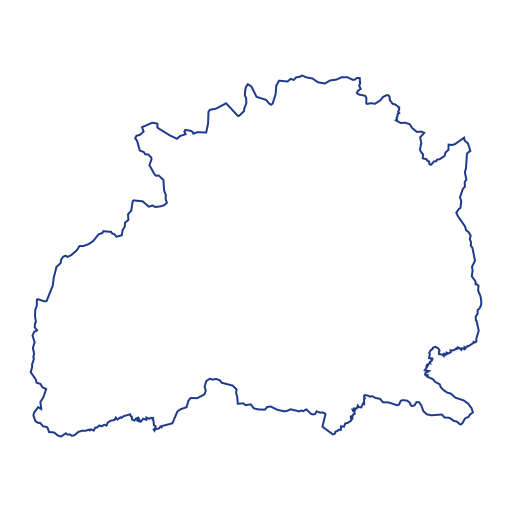 Pong, Phayao, Thailand
{"feature_id": "78962969B4700239694547", "entity_name": "Pong", "entity_type": "district", "adm_level": 2, "iso_a3": "THA", "parent_name": "Thailand", "parent_adm1": "Phayao", "projection": "albers", "projection_center": [100.484, 19.205], "detail": "fine", "context": "isolated", "style": "outline", "palette": "blue", "viewbox_px": 512, "rotation_deg": 0, "n_neighbors": 0, "source": "geoboundaries", "source_scale": "gbopen_adm2", "svg_char_len": 6014}
<svg xmlns="http://www.w3.org/2000/svg" viewBox="0 0 512 512"><path d="M142.0,127.2L143.6,131.5L139.7,135.0L136.5,135.7L135.2,138.1L137.2,141.2L139.8,150.5L143.8,152.1L145.2,154.2L148.4,154.6L151.3,157.6L151.5,159.4L149.4,165.1L154.6,174.5L156.2,175.8L158.5,175.4L163.4,179.9L164.1,190.4L165.9,195.3L165.6,198.8L166.9,202.8L164.2,205.2L160.3,206.4L155.2,207.0L152.5,205.5L148.9,206.7L142.6,201.3L133.5,200.4L132.7,201.3L131.2,210.7L128.0,214.3L128.4,219.9L125.1,222.6L124.7,226.7L122.5,230.5L121.8,235.3L116.5,236.7L114.2,234.0L112.2,233.6L111.1,231.9L103.3,231.2L102.4,233.0L98.6,234.3L93.3,240.9L88.7,244.1L83.1,246.1L79.6,246.0L76.6,250.5L70.8,255.4L67.4,256.9L65.6,255.7L63.2,256.7L61.1,259.7L60.6,263.1L56.5,266.8L53.7,277.9L52.8,285.5L46.6,301.0L44.9,301.4L37.6,299.2L36.9,299.6L36.8,305.7L35.3,309.6L35.0,315.9L35.9,322.2L35.0,323.3L34.7,327.3L37.1,330.3L34.2,331.9L32.5,335.5L34.6,342.2L32.9,348.0L34.1,354.0L33.3,357.0L33.9,359.1L32.1,364.3L32.1,367.2L30.7,372.2L35.8,379.5L36.6,382.7L40.4,383.9L42.5,387.3L46.2,389.1L43.3,397.3L40.4,402.0L41.2,409.0L38.1,407.2L34.1,412.6L33.4,415.6L35.6,421.3L38.0,422.8L40.2,423.0L43.1,426.3L46.6,427.0L47.7,428.1L49.0,432.0L54.2,432.5L57.9,435.6L61.1,436.5L65.9,433.3L67.4,434.6L69.9,434.4L71.7,435.8L74.3,435.3L78.4,431.9L82.3,430.7L85.5,430.8L89.2,429.6L89.8,430.4L91.0,429.4L93.7,430.6L95.2,427.7L97.1,427.5L99.3,425.5L101.7,426.3L104.3,424.7L106.4,425.6L107.8,422.6L110.4,420.8L114.6,419.9L115.8,417.6L117.4,419.6L120.4,417.3L121.4,417.9L123.6,416.2L130.1,414.3L130.7,416.0L131.8,416.6L132.0,419.5L134.5,420.5L135.9,418.6L138.3,417.6L139.2,419.6L137.8,419.5L137.3,420.5L140.0,421.6L140.9,421.6L143.2,418.7L146.3,419.8L146.4,417.5L149.2,418.8L151.1,417.8L153.0,417.9L152.6,419.5L153.4,420.1L153.9,425.1L155.6,426.3L155.3,428.0L153.7,429.6L154.4,430.5L154.6,429.6L159.0,428.4L160.5,426.5L161.5,427.2L161.8,426.1L172.4,423.3L177.4,411.5L180.6,409.2L186.6,407.2L188.4,400.7L190.7,398.0L197.2,398.2L204.4,394.4L205.8,390.6L204.6,386.7L206.3,381.0L209.9,378.7L212.6,379.7L216.0,378.9L219.9,380.3L221.6,382.7L232.7,385.6L236.5,389.3L236.1,393.3L237.1,396.2L237.8,403.7L243.3,403.4L245.4,405.1L250.8,404.4L253.9,408.4L258.8,409.5L264.9,409.6L267.3,407.0L270.6,406.5L277.4,409.8L284.1,411.3L286.9,411.0L290.6,409.3L299.3,411.4L301.4,410.5L303.1,411.2L306.3,409.4L311.2,414.0L312.9,414.4L315.0,414.1L316.6,411.4L320.0,412.6L322.9,412.5L325.2,413.6L325.4,414.7L322.4,426.7L332.9,434.4L334.8,433.7L335.6,431.5L337.6,431.0L338.5,429.8L340.8,429.9L341.0,426.3L344.0,426.7L345.3,423.4L347.9,422.8L350.8,420.8L352.6,418.2L352.1,417.3L350.9,417.9L350.8,416.4L353.0,415.7L353.3,414.3L354.6,414.0L354.4,410.9L353.1,411.0L352.6,409.6L355.0,410.1L355.3,409.4L354.3,409.5L354.0,408.5L356.8,408.4L357.8,405.6L358.9,407.2L361.3,407.4L363.1,403.4L364.1,404.0L364.0,399.1L364.9,398.3L364.0,396.6L364.6,395.1L368.4,395.7L369.8,396.7L372.5,396.2L375.4,398.0L380.1,398.8L383.0,402.3L388.4,402.4L397.1,405.2L398.9,404.7L400.8,400.8L403.0,400.1L407.2,400.7L409.6,402.5L410.9,405.4L412.0,406.1L414.6,405.3L416.5,402.1L419.0,402.1L421.2,405.2L423.4,411.2L426.8,414.3L431.3,415.3L441.8,414.5L444.6,417.5L449.4,417.8L453.9,420.9L456.9,421.6L460.0,424.3L461.1,424.4L462.7,422.8L464.9,418.6L468.5,416.8L469.9,414.6L472.9,412.4L471.5,408.1L468.0,403.5L463.6,400.4L455.4,397.7L450.7,393.5L447.4,392.7L443.4,390.0L440.8,387.3L439.7,384.3L435.4,382.0L432.9,379.2L426.9,376.5L427.6,375.2L425.2,374.8L425.3,373.2L428.9,371.1L424.8,370.3L427.5,366.1L426.6,366.1L426.8,365.1L429.3,363.3L430.3,363.5L430.0,361.8L431.6,361.0L432.4,359.2L431.5,359.0L431.8,358.4L429.1,358.1L429.8,354.0L429.2,352.8L430.8,350.1L432.5,349.1L432.9,347.7L435.7,346.8L438.4,348.6L439.6,350.6L438.9,351.7L439.1,354.1L442.3,354.6L443.7,355.9L443.9,354.1L445.3,354.8L445.2,353.8L446.7,354.0L446.7,352.6L448.8,353.4L450.9,352.0L450.5,350.3L453.7,350.3L457.9,347.3L458.5,347.8L457.9,348.5L459.4,348.0L461.3,349.8L461.9,348.2L463.6,348.7L464.2,348.1L464.6,350.2L464.6,347.1L465.9,347.9L467.4,346.0L468.3,346.2L474.0,342.6L473.8,341.9L475.4,342.3L476.4,341.2L476.3,338.8L478.7,330.7L476.6,321.0L475.8,320.0L475.8,316.4L477.5,313.9L477.7,310.1L479.4,308.6L481.1,305.2L481.3,301.7L480.5,296.3L478.1,290.5L478.5,285.8L477.1,284.3L475.6,284.3L475.5,281.4L471.8,276.4L472.6,270.4L472.0,266.8L475.0,260.7L472.4,247.7L470.8,245.7L471.1,242.4L469.8,239.2L470.7,235.6L468.5,232.1L466.1,230.2L465.0,226.4L457.7,215.8L456.3,212.6L459.0,208.8L460.5,207.9L461.2,201.1L460.0,197.3L462.9,188.8L464.9,186.7L464.7,182.1L466.4,179.5L464.9,172.5L466.0,168.0L466.9,154.4L467.6,152.8L470.3,151.0L468.1,143.6L464.6,140.5L464.1,137.7L455.0,144.1L452.2,145.0L448.6,144.6L448.4,150.0L445.6,152.4L444.4,156.1L439.5,159.3L437.2,159.5L436.2,161.2L433.9,161.5L431.2,164.6L430.3,164.7L429.2,163.8L429.1,161.5L427.5,161.0L426.6,159.3L422.7,158.3L423.1,154.4L420.7,151.6L420.0,149.5L421.3,143.0L420.1,137.4L424.2,132.9L421.4,131.6L416.7,131.9L412.1,127.9L409.7,124.2L405.1,122.7L400.8,123.0L395.8,120.3L397.1,118.9L396.6,117.7L397.7,115.9L397.5,114.2L399.2,113.1L398.1,111.9L399.3,109.4L398.7,108.3L399.2,107.4L394.9,104.3L392.6,103.8L389.8,100.1L389.7,97.2L388.5,95.3L386.7,95.2L383.2,96.8L380.1,100.5L374.9,103.8L371.4,103.2L366.9,103.9L366.2,102.8L366.4,97.8L365.2,95.8L358.5,94.4L356.9,93.1L357.6,91.2L360.7,88.8L359.1,85.7L360.1,83.5L359.7,78.0L356.6,78.1L355.0,79.5L353.0,79.9L347.2,77.2L341.5,77.3L336.5,79.6L330.3,80.4L324.8,83.5L318.0,82.3L312.5,78.5L306.8,77.5L301.9,75.5L300.3,76.7L296.1,77.4L293.8,79.9L290.6,78.9L287.5,81.5L279.1,80.7L276.3,85.6L275.6,94.2L272.6,103.7L271.1,104.7L269.4,103.8L266.1,99.9L256.5,96.8L251.4,86.5L247.8,84.2L246.1,86.8L245.0,91.1L244.9,95.5L246.2,98.3L246.3,103.3L244.3,108.5L244.0,111.1L239.1,115.8L238.0,116.0L226.1,103.3L215.9,108.7L209.9,109.8L208.5,111.7L208.1,123.3L206.2,132.5L197.4,132.2L193.4,133.7L192.6,131.9L190.8,130.9L185.2,129.9L184.4,131.6L185.6,134.2L180.1,136.0L176.9,138.8L169.7,135.3L158.5,128.4L157.3,127.3L157.5,124.1L156.6,123.4L152.3,122.7L142.0,127.2Z" fill="none" stroke="#1e3a8a" stroke-width="2"/></svg>